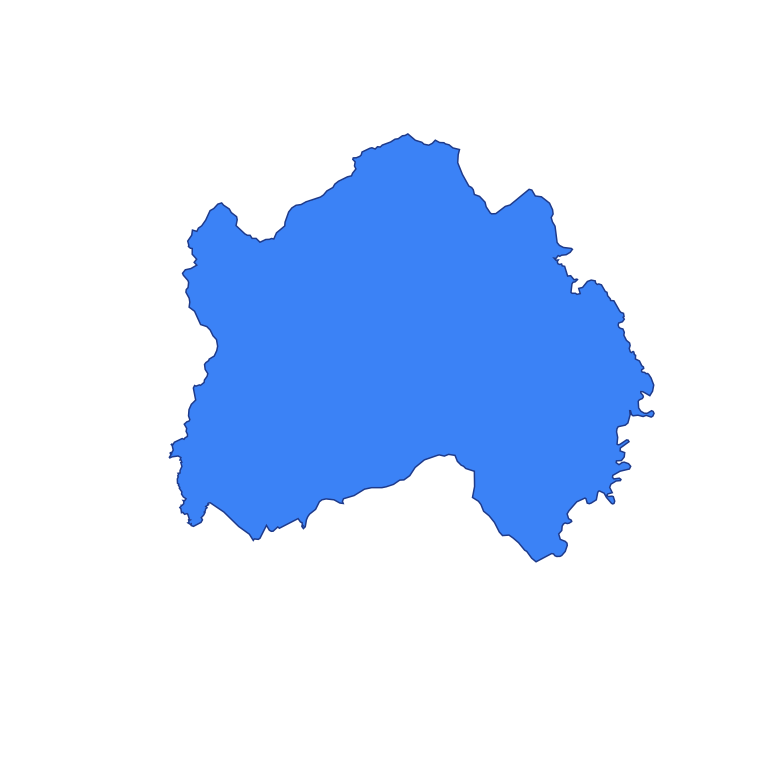 the district of Ban Na San, Surat Thani, Thailand, rotated 234°
{"feature_id": "78962969B68387758575746", "entity_name": "Ban Na San", "entity_type": "district", "adm_level": 2, "iso_a3": "THA", "parent_name": "Thailand", "parent_adm1": "Surat Thani", "projection": "albers", "projection_center": [99.379, 8.833], "detail": "fine", "context": "isolated", "style": "filled", "palette": "blue", "viewbox_px": 768, "rotation_deg": 234, "n_neighbors": 0, "source": "geoboundaries", "source_scale": "gbopen_adm2", "svg_char_len": 6171}
<svg xmlns="http://www.w3.org/2000/svg" viewBox="0 0 768 768"><g transform="rotate(234 384 384)"><path d="M150.8,402.5L148.3,419.9L146.9,421.3L144.7,421.3L143.0,422.3L141.1,425.1L140.8,427.0L142.0,432.2L145.7,437.4L147.7,438.5L150.2,438.1L154.7,435.3L160.0,437.2L161.0,441.7L164.3,444.6L165.3,447.0L165.1,448.9L163.4,450.2L162.6,452.0L162.4,455.0L163.7,455.5L166.6,454.2L171.3,455.8L172.8,459.3L175.4,470.7L173.6,479.5L172.6,480.0L168.2,478.4L166.5,479.7L165.9,481.6L165.5,487.7L170.5,493.0L171.2,494.5L170.8,495.5L166.3,497.9L161.5,497.3L153.7,497.9L152.5,498.6L152.2,499.9L153.6,501.8L158.1,503.3L159.3,502.5L161.2,499.2L163.1,499.0L163.5,500.5L161.9,504.8L167.7,505.8L169.6,508.7L169.1,514.8L166.9,518.5L167.5,519.6L169.5,519.0L172.1,514.2L174.2,514.0L175.6,515.4L174.7,523.7L171.0,532.6L172.4,535.2L175.8,535.0L179.6,532.4L180.5,530.5L180.6,526.7L183.9,525.6L185.2,526.9L182.5,531.1L183.8,535.5L187.0,538.4L191.1,535.7L193.3,537.6L193.3,548.3L195.1,548.5L196.2,547.4L196.5,539.2L197.2,537.7L198.4,537.2L203.5,541.7L208.6,544.0L210.9,546.2L211.8,548.4L208.9,555.0L209.1,558.4L214.5,565.1L218.0,567.1L217.5,567.7L213.8,566.3L211.9,566.8L209.5,571.1L205.4,574.5L204.5,577.7L200.2,580.7L200.0,582.6L201.5,585.2L203.6,585.6L205.1,584.8L205.6,579.7L207.4,577.4L211.0,575.8L214.9,575.9L220.6,579.5L221.1,581.3L220.4,584.4L221.1,586.2L222.6,586.8L225.9,586.5L226.9,587.3L225.6,588.9L218.3,592.2L220.3,597.0L224.6,601.6L231.9,603.6L235.9,603.8L237.4,603.5L238.5,602.0L240.2,601.7L241.8,599.9L243.1,599.9L244.1,600.9L243.9,603.2L245.3,603.9L247.3,603.3L252.5,604.2L256.5,602.1L259.3,604.4L260.7,603.9L263.0,604.9L263.9,604.6L264.0,602.6L265.3,602.2L268.6,603.3L270.4,605.7L272.8,606.8L276.8,605.8L282.5,606.7L284.6,608.8L288.1,609.6L290.2,607.9L292.1,607.4L294.1,608.1L295.4,609.7L294.2,613.5L295.2,616.5L297.5,616.7L297.5,617.9L300.4,619.3L302.8,617.7L304.9,617.6L316.2,618.9L318.4,616.4L319.8,617.1L324.0,616.8L327.1,618.3L328.8,617.4L336.4,618.2L338.7,616.6L339.2,615.0L341.4,614.6L343.3,615.5L346.3,612.7L347.4,608.8L345.4,601.4L346.9,597.7L341.8,595.9L343.1,592.8L344.9,592.2L346.8,589.5L348.2,589.1L354.4,594.8L355.2,596.7L354.3,598.6L354.7,601.9L355.5,601.7L356.7,599.0L361.9,598.7L363.4,596.0L373.0,599.3L374.9,597.6L376.7,598.2L377.6,596.2L379.1,595.4L381.1,596.0L381.9,597.9L383.0,595.9L385.8,595.6L384.5,596.9L385.5,600.4L384.0,601.3L383.8,603.4L381.5,607.4L381.1,612.0L382.2,615.6L383.6,615.2L389.0,609.4L393.0,607.4L396.7,607.2L411.1,615.1L416.2,615.6L420.4,617.1L422.1,620.7L425.9,622.8L433.0,624.2L442.9,621.4L447.2,616.9L454.0,617.6L456.2,615.8L454.7,591.3L456.4,586.5L456.1,574.6L458.4,571.1L459.9,570.5L467.3,570.8L471.7,572.6L479.6,571.6L484.2,568.5L488.7,570.4L491.4,570.4L494.3,569.0L507.4,570.6L519.7,573.7L525.9,578.8L529.3,582.9L534.5,578.5L539.3,577.2L542.2,574.8L544.0,574.3L546.7,570.9L551.1,568.8L550.3,564.6L550.9,560.6L554.5,557.3L557.3,556.7L562.8,552.6L572.3,550.3L572.7,547.1L574.0,544.8L574.1,539.6L575.6,536.8L575.9,531.6L578.3,523.1L577.9,520.3L579.8,518.2L579.3,515.0L582.2,513.1L583.0,511.2L584.6,502.6L582.7,500.2L582.4,498.3L583.3,494.6L585.0,492.0L584.1,490.8L580.6,491.2L577.8,488.3L574.5,487.7L573.0,482.4L571.5,480.1L573.1,476.2L574.8,466.4L574.6,461.7L573.0,458.2L573.8,451.3L572.5,446.2L572.6,442.5L577.2,428.2L577.9,422.4L580.3,417.9L580.6,412.9L579.2,408.0L573.1,399.1L570.2,396.6L569.5,385.9L566.1,380.1L567.8,378.6L568.4,376.3L570.4,373.3L571.6,367.0L577.0,366.1L579.3,362.9L583.0,363.1L584.6,360.9L587.2,359.7L599.1,357.4L603.2,361.8L606.0,363.1L612.5,361.2L616.5,361.7L623.0,359.3L625.9,359.1L627.2,355.3L626.0,349.4L626.5,345.2L621.4,336.1L619.1,329.4L619.2,325.5L617.5,322.3L621.1,319.5L617.4,315.9L615.0,309.2L611.1,307.7L610.2,306.6L607.6,307.2L606.3,308.5L601.7,305.1L595.1,305.8L594.0,301.9L590.2,302.4L590.9,295.6L593.2,290.4L592.0,286.1L589.9,285.6L583.0,286.2L581.0,285.6L577.2,282.2L576.6,279.5L574.7,277.7L567.9,276.8L564.4,275.0L560.7,271.5L554.2,273.5L539.9,270.6L534.6,274.4L529.8,275.1L523.5,274.0L518.4,274.6L512.3,271.6L509.3,268.3L506.4,263.1L506.9,257.2L506.0,255.9L506.0,252.4L505.3,250.3L500.9,247.9L496.0,247.6L494.2,245.4L492.8,241.1L491.0,239.4L490.8,234.7L491.8,234.1L492.8,230.6L494.1,229.9L492.8,227.4L481.7,222.2L480.8,216.2L477.9,211.2L473.1,207.1L469.3,206.0L468.6,204.4L469.3,202.4L468.9,198.8L464.1,198.3L461.9,196.0L458.9,195.5L457.1,194.1L457.4,191.4L456.8,189.7L458.5,188.7L460.1,180.2L459.0,177.6L460.1,177.1L460.0,176.3L458.8,176.5L454.4,174.6L453.4,172.4L453.9,171.0L452.6,171.1L453.1,170.2L451.9,170.0L450.9,167.3L450.1,167.3L449.6,169.8L446.8,175.1L443.9,176.5L442.5,174.3L441.9,175.1L439.5,174.4L439.8,173.4L436.1,172.1L433.9,168.2L431.9,166.7L432.8,164.9L431.8,164.9L430.9,163.1L429.8,163.0L428.7,161.0L425.1,158.6L423.6,159.1L423.0,158.2L420.4,158.0L420.1,157.2L415.5,157.0L414.0,155.5L410.6,155.3L407.5,156.4L406.8,154.0L407.8,153.0L406.7,153.0L404.9,151.6L404.5,149.5L405.1,148.6L404.4,148.2L404.1,146.2L402.3,146.3L398.9,144.5L398.4,145.8L395.8,146.1L394.9,148.5L394.1,148.7L389.4,147.2L389.1,146.3L387.9,147.3L388.1,145.7L386.7,144.8L386.9,143.8L384.4,144.8L384.2,145.8L382.9,144.8L380.8,146.2L379.6,154.6L380.8,157.3L383.3,157.6L383.9,160.9L385.2,163.6L386.1,163.3L386.2,164.6L387.8,166.3L387.9,168.1L389.7,167.8L389.5,171.0L390.4,170.8L390.9,171.7L390.1,173.6L374.6,179.2L354.1,182.7L341.6,186.8L334.3,186.3L334.9,188.0L332.2,191.0L332.1,193.0L338.7,205.8L333.1,205.3L331.1,206.2L330.1,207.8L330.8,214.0L328.8,214.6L325.6,235.4L321.5,235.3L320.0,236.2L318.1,235.1L316.8,235.2L317.5,234.3L317.0,233.8L314.4,233.8L314.8,236.4L319.7,241.4L321.5,244.4L322.5,247.4L322.8,255.0L326.7,262.5L326.8,265.7L325.1,269.6L319.7,275.5L313.7,278.3L311.3,280.8L313.5,281.4L315.0,283.8L311.3,294.3L310.4,306.4L307.5,312.9L301.4,321.3L299.5,325.5L297.2,332.7L297.0,340.2L294.7,343.8L294.7,351.0L298.2,360.1L298.9,372.1L294.8,385.5L294.2,387.0L290.2,390.5L289.1,394.9L284.5,399.5L278.3,397.9L273.0,398.7L270.7,400.0L267.6,400.5L260.3,405.8L247.8,397.0L240.2,388.9L233.7,391.5L229.6,391.6L222.5,389.8L215.6,391.6L207.1,392.0L196.5,390.3L191.7,390.8L188.3,396.3L183.6,397.9L176.5,399.6L167.0,400.1L164.6,401.1L156.2,401.1L150.8,402.5Z" fill="#3b82f6" stroke="#1e3a8a" stroke-width="1.5"/></g></svg>